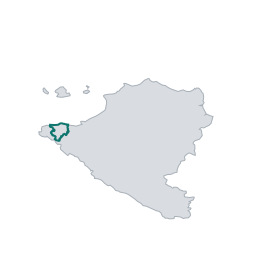 Barcelona on a map of Spain (Robinson projection), rotated 205°
{"feature_id": "ESP-5809", "entity_name": "Barcelona", "entity_type": "Autonomous Community", "adm_level": 1, "iso_a3": "ESP", "parent_name": "Spain", "parent_adm1": "", "projection": "robinson", "projection_center": [1.935, 41.755], "detail": "fine", "context": "in_parent", "style": "outline", "palette": "teal", "viewbox_px": 256, "rotation_deg": 205, "n_neighbors": 0, "source": "natural_earth", "source_scale": "10m", "svg_char_len": 5375}
<svg xmlns="http://www.w3.org/2000/svg" viewBox="0 0 256 256"><g transform="rotate(205 128 128)"><path d="M137.0,68.1L137.0,68.6L138.1,69.8L141.4,70.4L142.2,70.9L142.0,72.4L141.2,73.8L141.9,74.4L142.7,74.3L143.7,73.3L143.9,74.0L145.4,74.6L148.7,75.8L151.1,76.0L153.5,78.4L157.4,77.9L161.0,80.3L164.3,79.7L165.0,80.2L170.2,80.3L170.5,78.4L171.1,77.6L180.1,80.2L181.2,81.8L181.0,82.6L181.5,84.5L182.7,84.5L185.0,83.4L188.1,84.7L188.9,85.9L189.5,86.0L191.9,84.8L198.1,86.2L198.3,85.3L198.8,85.0L201.4,84.2L202.5,84.0L205.8,84.6L206.2,85.7L206.9,86.1L207.1,87.1L205.2,87.6L205.0,89.2L206.2,90.6L206.4,92.9L203.0,95.9L193.4,101.0L190.2,104.1L183.1,105.6L175.6,107.9L171.2,112.0L172.3,112.3L173.6,113.7L173.2,114.3L171.3,115.2L169.5,115.5L166.3,120.5L161.7,125.7L160.1,128.1L156.5,134.2L156.4,135.9L158.1,142.0L159.1,143.6L160.5,144.9L163.2,146.1L163.8,147.2L162.9,148.3L160.2,150.2L155.6,152.7L153.6,154.8L153.1,156.7L151.8,157.6L151.2,160.3L149.3,164.1L149.2,165.1L150.6,166.5L149.2,167.4L142.0,167.7L137.6,170.7L135.3,173.3L133.2,178.3L130.8,181.2L129.7,181.7L128.0,180.4L125.9,180.2L123.9,180.6L122.8,181.7L121.1,182.2L119.5,181.7L116.0,181.5L114.5,181.5L112.0,182.3L109.9,181.8L106.4,181.5L98.7,182.2L97.7,182.5L94.3,185.8L90.5,185.9L87.2,187.2L84.8,190.4L84.3,192.1L83.7,191.7L83.2,191.9L82.8,193.2L80.5,194.0L77.9,192.9L75.8,191.3L74.7,191.2L72.9,188.7L72.2,187.2L71.6,185.4L71.6,184.2L70.0,183.5L69.7,182.0L70.9,179.9L72.5,178.8L71.1,178.9L70.0,180.2L68.7,178.1L63.2,174.0L63.6,172.6L62.6,173.6L62.0,173.9L59.1,173.8L55.8,174.3L54.7,167.3L55.6,164.9L59.4,160.1L61.8,159.4L62.8,157.0L60.7,157.1L57.5,152.4L58.5,148.0L61.9,144.7L62.5,143.3L62.7,142.1L62.1,141.2L60.3,140.8L58.5,137.3L58.2,135.1L56.7,133.9L55.5,131.7L56.7,131.4L61.4,131.4L62.5,130.8L63.4,129.4L64.4,127.0L64.7,125.6L62.9,123.5L62.9,123.1L63.1,122.4L66.1,120.1L65.6,118.4L66.2,114.8L66.0,112.7L65.8,111.0L64.9,108.8L65.6,107.9L67.1,107.1L68.3,105.3L70.1,103.8L72.4,102.6L75.2,99.9L74.8,98.7L73.9,98.0L70.7,97.5L70.5,97.0L70.6,94.1L69.8,92.9L68.6,93.1L66.9,92.6L66.4,92.9L64.1,92.8L62.5,92.3L61.8,92.7L61.6,93.7L58.9,94.8L57.4,94.8L54.9,93.9L52.1,94.2L51.8,93.9L49.3,95.1L48.5,95.2L47.6,93.7L49.0,91.7L47.9,89.7L47.2,89.6L42.6,91.1L39.9,93.0L38.9,93.2L38.5,92.9L38.6,90.2L41.4,87.3L39.7,87.1L39.8,86.3L41.0,85.0L39.9,84.0L40.0,81.1L37.6,82.0L37.0,81.9L37.0,80.7L38.6,78.4L37.0,78.1L35.9,77.3L34.5,75.4L34.5,74.4L35.5,72.0L37.6,70.9L39.8,69.3L42.6,69.6L46.9,68.2L48.4,67.5L48.4,66.5L48.0,65.8L48.4,65.1L52.0,63.2L54.1,63.0L56.2,62.0L57.6,62.6L58.9,62.4L60.3,63.2L62.1,64.9L64.8,65.6L67.0,65.0L78.3,64.9L81.5,64.0L84.0,65.1L88.7,65.6L91.6,66.5L99.6,67.9L102.4,67.9L108.3,66.5L109.9,66.9L112.2,66.2L113.3,66.3L114.7,67.3L119.8,68.7L121.2,67.5L122.2,67.3L125.8,68.0L129.5,69.4L131.5,69.5L134.3,69.1L137.0,68.1ZM205.1,129.5L206.5,130.1L207.9,129.6L208.7,129.8L209.4,130.0L209.6,131.1L206.6,136.5L204.2,137.9L201.7,136.8L200.3,136.5L199.9,136.0L199.6,134.3L198.9,133.8L198.0,133.5L196.1,134.9L195.5,134.0L194.6,133.8L194.3,133.3L194.3,132.6L200.1,128.4L201.8,127.5L205.3,126.4L205.9,126.6L205.4,127.2L205.9,127.8L205.1,129.5ZM221.5,127.4L221.0,128.9L216.6,126.9L215.2,126.7L214.9,126.3L215.0,124.9L217.9,124.7L220.2,125.4L221.5,127.4ZM181.3,144.5L180.8,145.5L178.7,145.1L178.2,144.7L178.7,143.5L179.3,143.4L179.3,142.5L180.0,141.7L183.0,141.0L183.7,141.6L183.8,142.4L182.0,144.2L181.3,144.5ZM183.4,148.7L183.1,148.9L180.7,148.7L180.7,148.0L181.2,147.0L182.0,148.0L183.4,148.2L183.4,148.7Z" fill="#d9dde1" stroke="#a8b0b8" stroke-width="1"/><path d="M199.9,98.0L198.1,98.7L195.3,99.9L195.0,100.1L194.2,100.6L193.2,101.1L192.8,101.3L192.4,101.8L191.8,102.9L191.4,103.4L190.9,103.8L189.9,104.3L189.4,104.4L188.4,104.5L187.5,104.8L187.2,104.9L186.6,104.9L183.9,105.7L183.9,105.3L183.9,105.2L183.3,105.1L183.2,105.0L183.2,104.8L183.2,104.7L183.6,104.6L183.8,104.3L183.7,104.2L183.3,103.8L183.1,103.3L183.0,102.9L183.0,102.7L182.7,102.4L182.0,102.0L181.8,101.7L181.9,101.2L181.9,100.9L181.6,100.6L180.8,100.3L180.7,100.1L181.2,99.6L181.3,99.3L181.2,99.2L180.7,99.2L180.9,98.9L180.6,98.8L180.4,98.7L180.4,98.4L180.6,98.3L181.3,98.1L180.9,97.0L180.9,95.7L181.0,95.5L181.1,95.4L181.4,95.3L181.6,95.4L181.8,95.7L181.9,95.8L182.3,95.7L182.8,96.0L183.0,95.9L184.0,94.9L184.0,94.7L183.8,93.9L183.8,93.7L184.2,93.2L184.2,92.7L184.3,92.5L184.9,92.5L185.0,92.4L185.2,92.2L185.0,91.9L184.9,91.9L184.5,92.0L184.4,92.0L184.4,91.9L184.4,91.7L184.7,91.4L184.8,91.3L184.8,91.1L184.8,90.9L184.8,90.6L185.0,90.4L185.2,90.2L185.0,89.7L185.2,89.4L185.3,89.4L185.4,89.2L185.5,89.1L185.4,88.8L185.4,88.7L185.0,88.6L184.9,88.5L184.8,88.4L184.7,87.7L184.8,87.5L185.2,87.1L186.9,86.8L187.9,86.6L188.2,86.6L188.7,87.0L188.9,87.0L189.3,86.9L189.5,86.9L189.7,87.0L189.7,87.3L189.7,87.5L189.4,88.1L189.7,88.5L189.8,88.6L189.8,88.8L189.9,89.4L189.9,89.5L190.0,89.6L190.3,89.6L190.8,89.9L191.3,89.8L191.9,89.8L192.0,89.8L192.1,89.6L192.3,89.6L193.0,89.5L193.2,89.9L193.3,90.0L193.6,90.1L194.2,89.9L194.7,90.6L194.9,90.7L195.4,90.7L195.7,90.9L195.9,91.2L196.0,91.5L196.0,91.9L195.9,92.1L195.2,92.8L195.2,93.0L195.4,93.1L195.5,93.3L195.5,93.5L195.2,93.9L194.5,94.1L194.4,94.1L193.8,93.9L193.7,93.9L193.6,94.0L193.5,94.3L193.5,94.6L193.7,94.9L193.9,95.2L194.1,95.4L194.6,95.3L195.1,95.3L196.7,96.7L197.9,96.5L198.3,96.3L198.6,96.2L198.8,96.2L199.5,96.5L199.8,97.1L199.7,97.3L199.6,97.5L199.9,98.0Z" fill="none" stroke="#0f766e" stroke-width="2"/></g></svg>